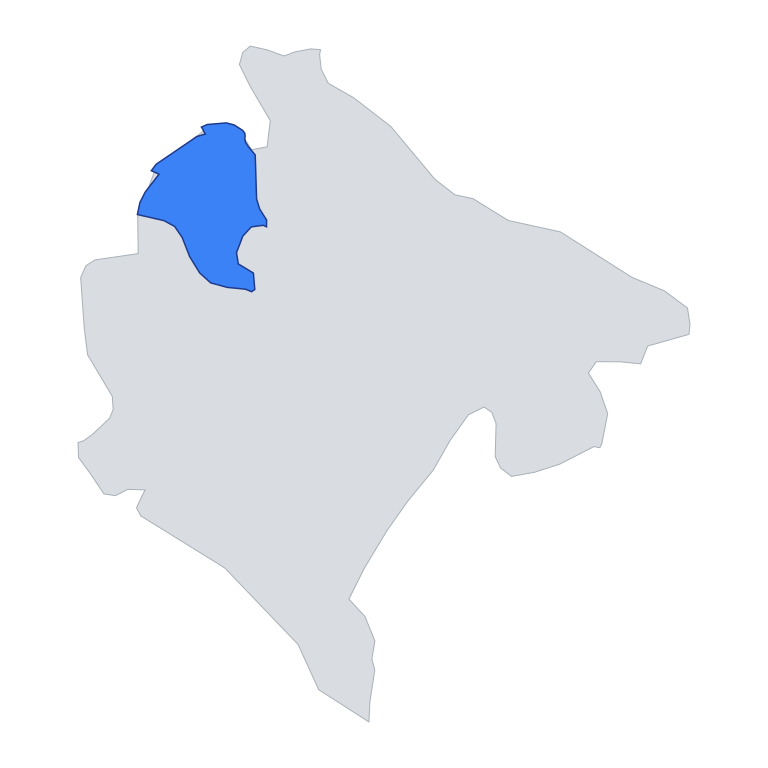 Montenegro, with Plužine highlighted
{"feature_id": "MNE-1515", "entity_name": "Plužine", "entity_type": "Municipality", "adm_level": 1, "iso_a3": "MNE", "parent_name": "Montenegro", "parent_adm1": "", "projection": "natural_earth1", "projection_center": [18.878, 43.143], "detail": "fine", "context": "in_parent", "style": "filled", "palette": "blue", "viewbox_px": 768, "rotation_deg": 0, "n_neighbors": 0, "source": "natural_earth", "source_scale": "10m", "svg_char_len": 1826}
<svg xmlns="http://www.w3.org/2000/svg" viewBox="0 0 768 768"><path d="M320.5,49.7L319.6,54.7L321.2,69.2L328.3,83.3L353.7,97.8L390.9,126.5L434.8,179.2L454.9,194.8L473.0,198.7L508.3,220.5L532.9,225.9L560.4,231.9L632.2,277.5L664.5,290.9L687.5,308.1L690.0,324.3L689.0,334.3L647.7,346.0L640.6,363.9L620.5,361.8L596.3,361.7L588.4,373.0L600.1,391.7L607.7,413.6L601.8,443.7L599.8,447.7L593.9,446.6L559.8,464.1L534.4,472.3L511.5,476.4L500.6,468.0L495.2,456.6L496.1,423.6L491.9,412.4L484.0,407.0L468.4,414.8L450.2,440.3L433.3,470.0L407.9,501.0L386.9,530.7L364.4,568.1L348.9,599.1L365.0,616.6L374.9,641.0L371.9,659.2L374.8,669.9L369.9,701.8L368.9,721.9L318.7,689.7L298.1,644.5L224.8,568.0L140.9,516.0L136.5,507.8L141.1,497.8L145.1,489.9L127.7,489.3L115.5,495.7L103.9,493.9L90.9,474.4L78.5,457.5L78.0,442.6L83.6,440.7L92.0,434.8L109.6,418.2L113.2,409.5L112.3,396.4L87.6,354.8L84.2,327.8L80.7,277.6L85.9,265.7L95.0,259.9L138.2,253.6L137.7,214.5L140.3,202.8L148.9,186.6L154.5,171.7L178.4,150.4L211.0,125.1L225.2,124.3L237.7,127.9L251.7,149.7L267.1,146.8L270.3,120.7L250.2,86.4L239.4,64.5L242.8,52.4L250.3,46.1L267.5,50.0L284.0,56.0L294.5,52.0L310.9,48.9L320.5,49.7Z" fill="#d9dde1" stroke="#a8b0b8" stroke-width="1"/><path d="M226.3,122.9L234.1,124.9L242.7,130.4L244.9,133.4L245.1,136.1L244.8,139.0L245.6,142.4L248.5,146.9L255.0,154.7L255.2,155.1L255.5,163.4L256.2,186.8L256.6,199.0L259.7,209.1L266.6,220.0L266.5,226.8L263.2,225.3L251.3,226.9L242.8,236.1L236.5,252.7L238.3,263.9L253.4,273.1L254.8,289.5L251.6,291.7L245.5,289.2L227.3,287.4L210.7,282.9L199.8,273.1L189.7,256.7L182.2,237.5L174.6,226.4L163.9,220.6L143.2,215.9L137.4,214.5L140.0,202.3L145.2,192.1L159.0,174.2L151.3,170.7L156.2,164.2L196.9,136.5L205.4,134.0L204.3,132.4L202.5,128.7L201.4,127.1L207.3,124.5L226.3,122.9Z" fill="#3b82f6" stroke="#1e3a8a" stroke-width="1.5"/></svg>